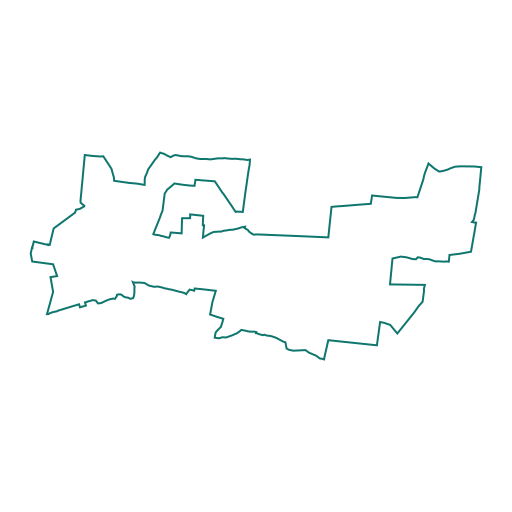 the district of Tekal de Venegas, Yucatán, Mexico
{"feature_id": "50627088B65871153010469", "entity_name": "Tekal de Venegas", "entity_type": "district", "adm_level": 2, "iso_a3": "MEX", "parent_name": "Mexico", "parent_adm1": "Yucatán", "projection": "orthographic", "projection_center": [-88.868, 21.02], "detail": "fine", "context": "isolated", "style": "outline", "palette": "teal", "viewbox_px": 512, "rotation_deg": 0, "n_neighbors": 0, "source": "geoboundaries", "source_scale": "gbopen_adm2", "svg_char_len": 4771}
<svg xmlns="http://www.w3.org/2000/svg" viewBox="0 0 512 512"><path d="M324.1,359.4L324.2,358.2L324.6,356.7L324.9,355.1L328.3,340.2L376.9,345.3L379.8,324.2L380.1,322.0L384.4,322.9L390.2,324.9L397.3,333.5L414.1,312.6L418.6,306.2L422.6,301.7L423.6,294.2L424.1,290.3L423.8,289.1L424.9,284.9L390.0,284.4L392.5,258.5L400.9,256.6L406.5,257.3L410.4,258.4L412.7,259.1L416.1,259.2L417.7,257.3L420.2,257.6L424.0,259.1L426.3,258.9L429.5,259.3L434.3,261.1L435.7,261.4L437.8,261.3L444.9,261.7L445.9,261.4L448.8,261.7L449.5,255.0L460.1,253.7L471.0,251.7L476.1,222.6L473.7,222.4L472.0,222.0L473.6,220.1L474.2,218.2L474.6,215.9L474.8,214.8L475.3,213.5L475.6,212.0L477.3,201.7L478.7,193.2L479.3,189.7L479.4,186.5L479.9,182.0L481.3,167.2L474.5,166.5L461.2,166.3L457.7,166.5L455.0,166.7L450.7,168.2L447.7,169.6L443.2,170.9L441.3,171.3L440.5,171.4L439.0,171.5L434.2,168.4L428.5,163.5L426.9,167.8L424.9,173.0L423.8,176.9L423.5,178.9L417.4,197.3L415.7,197.1L407.4,197.8L404.0,198.0L396.4,197.9L376.8,196.0L372.1,195.5L370.8,203.8L366.7,204.1L356.3,204.9L343.0,206.0L336.7,206.4L331.5,206.9L328.3,237.4L303.6,236.3L281.6,235.4L271.6,235.0L264.9,234.7L255.8,234.4L254.9,234.6L253.8,234.7L252.3,233.9L252.1,233.8L252.0,233.7L251.8,233.5L251.6,233.6L248.8,231.4L248.2,230.3L247.3,229.6L246.2,229.1L245.1,228.3L244.7,228.1L245.1,226.7L241.2,227.4L238.8,228.3L234.7,229.3L234.1,229.4L233.7,229.6L229.3,229.9L226.1,230.5L224.8,230.6L223.4,230.8L221.2,231.6L218.6,231.6L217.8,231.7L214.8,231.9L214.1,231.9L213.3,232.1L210.5,233.3L206.0,235.8L202.9,237.6L203.1,235.4L203.4,231.8L203.7,229.0L203.8,228.1L204.1,225.3L202.8,225.2L203.2,215.8L190.2,214.4L190.1,218.2L182.1,218.2L181.9,224.2L181.6,233.4L178.8,233.1L174.9,232.8L172.1,232.6L170.7,232.5L170.1,235.4L169.0,237.8L166.5,237.3L162.9,236.2L161.3,236.0L159.1,235.2L157.4,235.0L155.1,234.7L154.6,234.6L154.0,234.5L153.3,234.1L155.7,228.1L160.0,217.4L160.7,215.2L162.6,210.5L162.8,208.3L163.3,204.6L163.7,201.5L163.7,201.4L164.7,193.6L166.3,191.1L167.1,189.7L168.7,188.4L172.3,185.4L174.4,183.5L179.0,184.2L182.3,184.7L188.6,185.4L188.7,185.5L188.8,185.5L194.5,185.8L195.0,183.0L195.4,179.8L198.5,180.0L202.5,180.4L205.8,180.6L213.1,181.2L214.8,181.3L219.2,187.9L222.8,193.3L223.2,193.5L232.4,207.0L235.3,211.5L235.9,212.0L236.5,211.6L236.9,211.6L237.0,211.6L242.8,211.9L244.5,199.0L245.5,191.5L246.0,188.3L246.9,182.0L247.6,177.0L248.5,170.9L249.6,164.8L250.0,159.6L247.4,160.0L246.3,159.8L241.7,159.2L240.9,159.3L240.1,159.3L239.0,159.0L234.6,158.7L232.6,158.9L228.8,158.6L224.1,158.1L222.8,158.4L221.9,158.3L219.7,158.4L218.3,158.3L212.4,159.1L210.5,159.4L205.3,158.9L204.3,159.0L203.4,159.0L200.8,159.0L200.7,159.0L200.2,159.0L196.3,158.4L191.7,156.9L190.4,156.6L189.9,156.5L188.0,156.3L181.5,156.2L175.7,155.0L173.1,155.7L170.6,157.2L166.6,155.3L163.9,153.7L163.4,153.7L160.1,152.6L156.5,158.1L155.3,159.3L148.2,169.3L146.9,173.0L145.1,177.0L144.7,179.7L144.7,183.2L144.6,184.9L137.5,183.7L130.3,183.0L130.1,183.0L129.6,183.0L114.2,180.8L113.9,177.5L111.4,168.7L103.3,156.3L100.3,156.5L94.4,156.1L90.2,155.7L84.8,155.0L80.5,200.8L80.6,202.7L84.3,205.8L84.3,206.3L84.2,206.4L79.8,208.9L76.0,209.7L75.1,212.6L53.7,228.4L53.5,229.1L50.3,242.4L50.2,243.1L49.8,244.8L48.2,244.4L48.2,245.0L46.7,244.6L45.3,244.3L33.8,241.5L32.4,247.3L32.4,247.5L32.1,247.3L30.7,253.4L32.2,261.5L53.1,264.3L57.1,276.1L50.5,277.1L53.1,291.9L47.0,314.1L48.3,314.1L50.8,312.8L51.6,312.7L52.1,312.3L57.3,311.2L58.2,310.6L61.2,309.7L72.0,306.4L73.9,305.8L74.0,305.8L79.1,304.3L80.0,307.3L85.9,305.6L85.0,302.4L92.8,300.1L95.9,300.6L97.9,303.4L101.1,303.1L105.8,300.8L109.1,299.5L111.6,298.9L112.9,298.6L113.6,298.6L114.9,298.9L116.9,295.9L116.9,294.9L118.1,294.4L120.7,294.4L121.3,294.8L122.1,295.1L123.5,296.5L124.4,296.9L126.0,297.4L128.2,297.7L130.2,298.8L133.1,298.2L134.0,295.9L134.4,292.7L134.4,287.7L134.7,286.8L132.9,282.1L133.8,282.5L135.6,282.6L138.3,282.6L139.8,282.5L142.7,282.9L143.9,282.8L145.8,283.7L148.7,285.5L154.1,286.8L157.7,286.5L162.5,287.6L164.8,288.4L166.5,288.6L169.1,289.3L171.5,289.6L179.2,291.7L182.4,292.4L184.5,293.1L186.2,294.2L186.9,293.1L189.6,289.6L192.1,290.1L194.2,290.7L194.7,288.5L203.0,289.3L215.8,290.8L212.4,302.2L210.1,314.5L216.8,316.8L223.3,318.8L222.4,322.2L220.9,326.9L216.8,331.0L215.8,332.3L215.4,333.6L214.7,337.7L218.8,338.3L222.7,337.2L225.5,337.5L226.6,337.3L233.1,335.0L235.0,334.0L236.6,333.5L237.8,332.6L239.3,331.7L241.3,329.9L246.5,330.9L248.0,331.4L250.0,331.6L254.8,331.7L256.3,332.1L256.0,333.2L257.2,333.3L258.5,334.0L262.9,335.2L264.2,334.7L266.2,335.4L267.9,335.7L270.7,336.0L274.5,337.2L276.7,338.1L283.2,341.6L285.4,342.3L286.6,348.5L288.5,349.6L290.6,350.2L291.7,350.3L293.1,350.7L305.4,350.1L308.9,352.6L316.1,355.7L319.9,358.5L321.7,358.7L324.1,359.4Z" fill="none" stroke="#0f766e" stroke-width="2"/></svg>